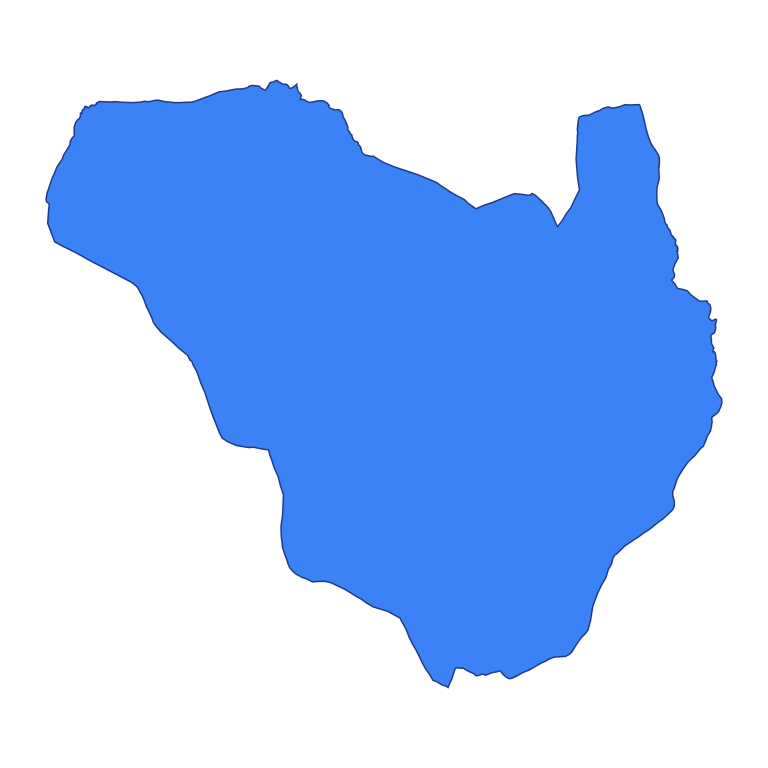 Hanang, Manyara, United Republic of Tanzania
{"feature_id": "72390352B73734578830609", "entity_name": "Hanang", "entity_type": "district", "adm_level": 2, "iso_a3": "TZA", "parent_name": "United Republic of Tanzania", "parent_adm1": "Manyara", "projection": "robinson", "projection_center": [35.319, -4.56], "detail": "fine", "context": "isolated", "style": "filled", "palette": "blue", "viewbox_px": 768, "rotation_deg": 0, "n_neighbors": 0, "source": "geoboundaries", "source_scale": "gbopen_adm2", "svg_char_len": 6016}
<svg xmlns="http://www.w3.org/2000/svg" viewBox="0 0 768 768"><path d="M523.3,672.3L528.8,670.2L541.1,663.1L545.3,661.3L548.9,659.2L552.4,657.7L555.1,657.0L565.6,656.4L569.0,654.5L572.0,651.8L575.2,646.3L579.9,639.4L582.8,636.0L584.8,634.3L587.8,630.2L587.8,630.6L590.6,620.2L592.7,606.5L594.6,601.2L597.4,593.8L601.4,585.3L605.8,577.8L608.3,569.5L611.5,564.0L612.7,558.7L614.8,554.9L616.3,554.2L624.6,546.1L632.3,540.8L638.1,537.1L643.7,533.0L649.1,529.6L653.1,526.5L654.0,525.4L655.1,524.8L659.5,521.2L662.5,519.3L668.7,513.6L672.6,509.7L673.6,508.0L674.2,506.2L674.4,502.9L674.2,500.8L672.8,495.5L672.7,491.5L674.1,488.3L677.0,479.6L678.4,476.5L683.4,468.5L687.6,462.6L691.7,458.3L694.3,456.2L700.7,448.4L703.3,446.3L705.2,441.9L707.3,436.1L710.4,431.2L711.4,426.7L712.1,421.9L711.7,418.1L712.3,416.8L716.6,413.7L718.7,411.4L720.7,406.9L721.9,402.6L721.6,398.7L718.5,394.7L714.4,386.6L713.0,381.3L711.9,378.4L711.8,377.1L714.0,372.6L715.4,367.2L716.5,364.3L716.0,362.2L717.0,361.3L715.9,359.7L715.9,357.4L715.4,353.9L714.4,351.8L713.7,352.1L713.0,351.8L713.0,350.6L713.8,348.1L711.5,343.6L711.4,338.0L710.8,336.4L710.8,335.3L711.7,334.5L714.4,332.9L715.4,329.8L715.7,327.7L715.6,326.4L715.3,325.2L716.4,320.7L716.4,319.6L715.9,319.2L715.2,319.3L712.3,320.7L711.6,320.7L709.0,318.3L708.7,317.3L708.9,316.1L710.5,311.9L710.2,311.2L710.7,310.4L710.8,308.7L710.4,306.2L709.9,304.8L707.0,302.4L707.3,301.3L705.9,300.9L703.0,301.2L699.3,301.1L690.7,294.7L687.4,290.9L683.2,289.5L677.5,288.4L675.0,284.1L671.8,280.4L672.0,279.3L673.3,278.6L674.4,276.5L674.5,274.3L673.0,271.0L673.3,268.3L675.1,263.5L678.3,257.9L677.1,251.4L677.3,251.3L677.2,251.1L677.7,251.1L677.6,250.4L677.9,248.7L677.2,248.3L677.7,247.1L676.7,246.3L676.4,245.2L675.4,244.9L675.4,242.9L675.8,240.4L675.4,239.1L674.5,238.8L673.9,237.6L673.0,237.4L673.0,236.3L672.6,235.9L671.7,235.6L671.0,234.3L670.9,233.2L669.8,230.0L667.9,228.0L667.5,227.1L666.9,224.7L665.6,223.9L664.5,220.8L664.4,218.8L662.0,212.3L660.6,209.4L657.5,204.4L657.0,201.7L656.7,192.0L657.1,187.3L658.7,180.9L659.2,178.2L658.8,168.2L659.5,162.6L659.4,158.3L658.6,155.1L655.3,150.0L653.2,147.1L650.9,143.3L648.3,136.5L646.4,130.1L643.3,116.4L640.3,106.5L639.5,104.9L638.5,104.6L629.2,105.0L624.8,104.7L619.8,106.7L614.2,107.9L611.5,108.0L608.3,106.9L602.8,108.5L599.2,110.7L595.3,112.0L592.5,113.5L588.8,115.2L583.2,115.6L579.2,117.2L578.2,120.8L577.4,128.5L577.4,130.7L577.8,131.5L577.3,136.5L577.3,140.1L576.1,159.4L577.6,177.8L579.5,189.8L574.0,200.9L570.9,207.7L566.6,213.3L562.2,220.6L557.6,226.6L557.0,225.8L550.7,211.5L547.8,207.3L541.2,200.6L535.2,195.2L532.4,193.6L531.8,193.5L530.6,194.9L527.8,195.3L520.7,194.2L514.5,193.6L511.4,194.7L491.6,202.8L484.5,205.1L475.9,208.8L467.8,203.0L464.4,199.6L457.6,196.1L451.2,192.5L440.3,185.3L436.9,182.8L434.1,181.4L417.0,174.4L395.1,167.2L385.7,163.4L382.1,161.7L373.3,156.2L371.2,156.4L365.2,155.0L363.3,153.9L361.9,152.1L360.5,146.9L358.4,144.5L357.9,142.3L356.8,141.7L355.1,141.3L354.0,140.4L353.0,139.0L352.0,136.4L351.8,134.9L350.6,134.1L349.9,133.0L349.5,131.6L347.9,130.3L347.7,129.2L347.9,127.6L347.6,126.5L346.2,122.7L344.7,119.4L343.3,117.3L342.4,113.5L341.6,111.8L340.3,110.6L338.8,109.7L335.3,109.8L332.4,109.2L329.9,108.1L328.8,106.7L328.7,105.1L328.8,105.1L327.4,103.2L324.4,101.3L322.7,100.8L318.6,100.8L315.9,101.2L313.5,101.9L309.0,102.4L306.3,101.1L304.5,99.9L301.7,99.2L300.4,99.5L300.6,97.4L301.4,95.9L300.2,93.4L299.1,92.7L298.5,91.6L297.8,90.8L297.4,87.8L296.8,86.3L296.7,84.3L295.0,85.9L292.6,87.6L290.5,88.4L289.1,88.1L288.6,86.6L287.3,84.8L285.6,84.2L283.6,84.3L281.5,83.5L279.9,82.3L278.9,82.3L278.1,81.2L277.2,80.5L275.9,80.6L273.9,81.7L272.8,82.1L271.2,82.3L269.8,83.0L268.4,85.7L265.8,89.8L265.0,90.0L264.1,89.8L260.5,87.8L259.4,86.2L254.2,85.6L251.9,85.5L250.4,85.8L248.9,86.5L247.8,87.5L243.3,88.8L235.9,89.1L225.5,91.1L219.1,91.8L210.0,95.7L194.7,101.4L190.3,102.3L185.8,102.3L180.5,102.6L175.0,102.6L165.8,101.8L158.6,100.3L155.0,100.3L152.7,101.0L149.8,101.5L146.3,101.7L144.7,101.2L140.8,102.1L133.5,102.6L124.1,102.4L114.9,101.7L110.2,102.0L99.1,101.5L98.5,102.4L97.3,102.6L96.6,102.9L96.3,103.5L96.9,103.7L96.7,104.2L94.5,105.4L94.0,105.7L93.6,105.3L91.7,105.1L91.1,106.2L90.6,105.7L89.6,106.5L89.2,107.8L87.2,107.4L87.2,107.0L86.6,106.6L86.3,106.6L85.9,107.2L85.2,106.4L84.7,106.9L84.2,108.1L84.3,109.1L82.8,109.7L82.2,110.7L81.9,113.3L80.9,113.0L80.5,113.1L80.3,116.7L78.8,119.1L77.3,120.1L75.4,123.1L74.8,125.5L74.2,126.7L74.2,135.9L71.8,138.4L70.4,141.0L70.0,144.4L69.5,145.5L63.6,155.1L62.2,159.1L56.8,167.3L54.7,172.6L51.9,178.8L48.7,188.5L47.2,192.6L46.1,199.0L46.3,200.7L46.6,201.9L48.9,203.5L49.2,205.0L48.5,211.8L47.7,223.3L54.8,241.9L62.1,245.9L75.5,252.5L91.1,261.2L131.5,282.3L136.8,286.5L138.7,289.2L139.6,291.3L141.8,294.9L144.3,300.6L146.5,306.9L147.4,308.4L152.1,318.4L153.3,322.3L155.9,326.1L161.2,332.3L171.6,341.3L179.1,348.4L187.6,355.3L190.1,360.2L191.8,361.3L193.2,365.0L196.9,371.7L200.8,383.2L204.8,392.4L210.9,410.8L213.2,416.9L219.7,433.4L222.2,438.1L228.0,441.9L236.5,445.5L248.4,447.5L253.9,447.3L261.1,448.8L268.4,449.9L269.3,452.5L269.8,455.1L271.6,459.6L273.9,466.9L278.3,477.0L280.5,486.0L283.5,494.9L282.6,514.9L281.0,526.4L281.2,534.9L281.6,539.4L282.3,543.8L282.4,547.0L285.3,555.9L287.0,559.9L288.1,564.1L289.7,567.7L292.9,571.4L296.2,574.2L302.2,577.4L307.1,579.0L312.6,581.9L318.3,581.4L325.2,581.4L330.8,582.6L345.4,589.6L356.8,596.7L361.6,599.3L365.8,602.5L373.2,606.9L387.6,611.3L399.9,618.0L406.0,629.1L409.3,637.5L412.4,643.9L416.1,650.1L419.4,656.6L422.5,663.3L425.8,669.2L429.1,673.7L432.9,680.2L436.7,681.7L441.4,684.6L446.9,686.5L448.0,687.5L450.0,682.7L451.5,679.7L455.0,669.2L456.2,667.7L461.8,668.3L463.5,668.1L464.5,669.0L469.2,671.7L472.2,672.8L474.3,674.0L475.8,675.6L478.2,675.6L482.5,674.0L483.6,674.2L484.8,675.2L485.7,675.0L487.4,674.6L491.2,672.9L497.4,671.7L499.3,671.0L500.5,671.2L503.2,674.6L505.7,676.7L508.1,678.3L509.6,678.7L511.8,678.3L513.5,677.4L515.5,676.7L523.3,672.3Z" fill="#3b82f6" stroke="#1e3a8a" stroke-width="1.5"/></svg>